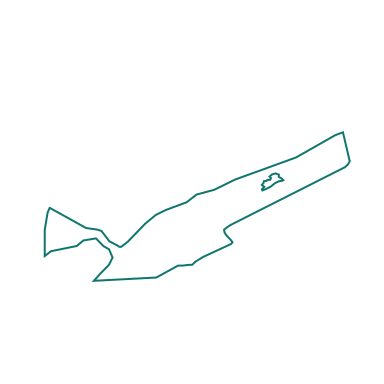 the District of South-East, rotated 230°
{"feature_id": "BWA-2648", "entity_name": "South-East", "entity_type": "District", "adm_level": 1, "iso_a3": "BWA", "parent_name": "Botswana", "parent_adm1": "", "projection": "equal_earth", "projection_center": [25.773, -25.011], "detail": "fine", "context": "isolated", "style": "outline", "palette": "teal", "viewbox_px": 384, "rotation_deg": 230, "n_neighbors": 0, "source": "natural_earth", "source_scale": "10m", "svg_char_len": 1059}
<svg xmlns="http://www.w3.org/2000/svg" viewBox="0 0 384 384"><g transform="rotate(230 192 192)"><path d="M271.3,72.8L232.5,87.7L224.3,95.1L220.4,97.6L207.3,97.0L198.9,100.5L197.0,100.9L195.5,102.5L195.2,110.9L197.8,135.8L197.7,149.5L195.0,160.5L187.6,181.3L187.1,193.9L179.4,210.4L173.8,233.1L151.6,293.9L143.5,338.1L140.7,346.0L114.2,332.6L112.8,329.0L112.7,325.1L141.7,201.4L142.4,196.8L142.5,192.3L140.0,190.9L136.7,190.5L129.7,190.9L127.5,190.7L127.1,189.2L127.0,188.7L135.1,158.8L136.4,150.0L136.1,145.4L138.4,142.5L141.6,137.6L144.6,134.0L149.4,109.7L187.0,59.8L188.4,69.4L189.6,81.6L192.8,89.0L201.4,91.6L207.4,89.4L218.2,88.6L224.7,77.6L224.7,69.0L237.3,45.9L237.6,38.0L257.7,54.9L269.0,68.1L271.3,72.7L271.3,72.8ZM149.5,250.7L149.1,247.2L147.9,246.9L146.9,250.0L145.5,256.0L145.4,261.2L144.5,265.0L142.5,268.7L142.4,269.6L145.1,269.2L147.8,268.2L149.5,269.7L152.5,268.0L154.0,264.7L154.0,261.3L151.8,261.4L151.1,259.5L152.8,257.7L152.6,256.1L154.1,254.0L152.9,252.5L152.5,250.0L149.5,250.7Z" fill="none" stroke="#0f766e" stroke-width="2"/></g></svg>